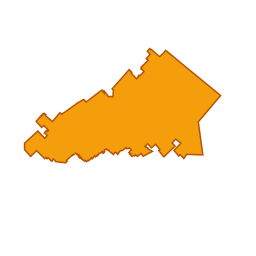 José María Morelos, Quintana Roo, Mexico, rotated 220°
{"feature_id": "50627088B89953909022202", "entity_name": "José María Morelos", "entity_type": "district", "adm_level": 2, "iso_a3": "MEX", "parent_name": "Mexico", "parent_adm1": "Quintana Roo", "projection": "albers", "projection_center": [-88.782, 19.708], "detail": "fine", "context": "isolated", "style": "filled", "palette": "amber", "viewbox_px": 256, "rotation_deg": 220, "n_neighbors": 0, "source": "geoboundaries", "source_scale": "gbopen_adm2", "svg_char_len": 4307}
<svg xmlns="http://www.w3.org/2000/svg" viewBox="0 0 256 256"><g transform="rotate(220 128 128)"><path d="M77.9,212.4L97.8,212.2L132.5,211.8L134.6,211.8L139.8,211.8L141.4,211.8L149.0,211.7L149.0,209.0L149.3,205.5L149.6,203.0L160.3,203.1L160.3,202.8L162.5,202.8L162.5,199.1L160.2,198.9L158.4,198.8L158.6,192.9L156.0,192.8L156.4,189.2L156.6,187.4L156.9,184.5L157.0,183.0L156.1,182.9L156.1,181.5L152.9,181.8L152.3,181.5L152.0,181.4L152.4,177.5L152.4,177.4L152.6,175.6L153.6,175.5L153.6,174.4L152.8,174.4L153.1,171.2L157.6,171.7L160.9,172.1L160.9,173.1L164.7,173.5L164.7,171.7L164.7,170.0L164.8,166.9L164.8,165.2L164.9,163.5L164.9,160.8L165.0,158.7L165.2,152.7L165.2,151.3L165.2,150.8L165.3,147.7L163.3,147.5L163.2,147.4L163.2,147.2L159.9,142.6L159.6,142.0L162.0,140.9L161.9,140.5L162.9,139.4L163.3,139.5L164.2,139.6L164.3,139.7L164.5,139.9L169.9,141.0L168.6,139.4L172.4,140.3L173.1,137.2L173.7,134.7L176.8,120.9L180.2,121.5L180.9,119.8L181.0,119.5L181.1,119.4L181.9,117.1L182.7,115.0L182.8,114.9L182.9,114.7L182.9,114.4L182.9,114.2L187.0,97.9L187.5,97.3L187.4,95.9L190.0,95.9L190.0,95.1L190.0,89.2L190.0,84.4L199.5,84.4L199.6,85.2L199.6,85.5L201.7,85.4L201.7,84.3L202.3,84.3L202.4,82.0L202.0,82.1L201.9,81.0L202.5,80.9L202.6,77.3L202.6,75.9L202.6,74.0L199.4,73.6L194.5,72.9L194.1,75.7L187.4,75.2L187.5,73.4L188.8,73.7L189.0,72.5L188.8,70.3L188.2,70.5L186.6,70.5L185.7,70.3L185.0,70.2L185.1,69.9L185.2,66.6L185.7,66.7L195.1,67.7L197.5,49.9L195.6,47.6L195.2,47.1L193.4,45.0L184.3,43.6L184.0,46.3L183.5,51.8L172.1,51.0L171.9,52.5L170.3,52.3L170.3,53.9L166.2,53.6L166.2,53.4L165.6,53.4L164.9,53.8L164.8,54.1L165.2,54.5L165.1,56.4L161.7,55.8L153.4,61.2L153.4,61.9L153.3,63.4L154.3,63.4L154.1,65.0L154.0,65.8L153.9,66.8L153.6,68.5L153.2,71.8L152.7,71.7L152.3,73.4L151.8,75.1L150.9,75.0L149.8,74.8L149.7,75.3L148.8,75.1L148.2,76.0L147.9,76.0L148.1,74.6L147.5,74.3L145.9,73.9L145.9,74.1L146.2,74.3L146.4,74.4L146.5,74.5L146.3,74.7L146.1,74.9L146.1,75.0L145.9,75.2L145.7,75.3L145.3,75.4L145.0,75.4L144.8,75.4L144.8,75.1L144.8,74.7L144.8,74.3L143.6,74.4L143.4,74.4L143.2,74.4L142.8,74.5L142.3,74.5L142.3,74.8L142.1,74.8L141.7,74.7L141.0,74.7L140.1,74.6L140.1,74.9L140.1,75.3L140.1,75.6L139.1,75.6L138.1,75.5L138.0,76.6L137.9,77.8L137.1,77.7L137.1,77.9L137.0,78.2L136.9,78.3L136.9,78.6L136.9,79.1L136.9,79.3L136.9,79.6L136.9,80.1L136.9,80.5L136.9,81.0L136.9,81.3L136.9,81.5L136.9,81.8L136.7,81.8L136.5,81.7L136.1,81.5L135.9,81.4L135.7,81.3L135.7,81.5L135.6,81.9L135.6,82.0L135.6,85.3L134.4,85.0L134.4,86.7L133.7,86.6L133.5,88.3L133.9,88.5L133.7,89.7L133.8,89.9L133.3,90.0L133.2,91.3L132.7,91.7L132.6,93.7L132.4,93.8L132.0,93.5L131.6,93.7L131.3,93.6L131.6,93.0L130.9,92.5L130.5,93.4L130.9,93.7L130.7,94.1L130.6,94.3L130.5,94.7L131.3,95.5L132.0,96.1L131.4,97.3L131.1,98.0L130.1,97.7L129.9,98.2L129.9,98.3L128.8,98.3L127.8,98.3L127.4,98.2L126.4,98.2L125.8,98.2L125.0,98.2L124.4,98.3L123.8,98.3L122.1,98.3L122.2,98.6L122.2,98.9L122.2,99.4L122.3,99.8L122.3,100.4L122.3,101.0L120.4,101.3L120.5,101.7L118.8,101.3L118.9,101.8L119.1,102.9L119.2,104.2L119.3,105.5L118.9,106.1L118.5,106.3L118.3,106.5L118.2,106.8L118.1,107.2L118.0,107.3L117.5,108.4L117.3,109.6L117.1,111.0L117.0,111.8L115.5,111.3L115.2,111.8L114.4,112.9L114.0,113.6L113.6,113.5L111.4,113.4L111.5,112.2L111.6,109.6L109.3,110.1L109.6,109.0L109.1,109.0L108.2,108.9L106.8,108.8L106.6,108.8L106.3,110.1L105.4,110.7L105.0,111.0L104.9,111.4L104.9,111.5L104.9,111.8L104.9,112.0L105.0,112.3L104.7,112.3L104.1,112.3L103.9,112.3L103.6,112.3L103.4,112.3L103.0,112.3L102.9,112.3L102.5,112.3L102.4,112.5L102.4,112.9L102.3,113.1L102.3,113.4L102.2,113.9L102.0,114.9L102.0,115.1L101.9,116.0L101.8,116.3L101.8,116.6L101.7,116.9L101.4,116.8L101.2,116.7L100.8,116.6L100.0,116.5L99.7,116.4L99.3,116.3L98.7,116.2L98.2,116.0L97.8,117.1L97.4,118.1L97.2,118.5L97.0,119.1L94.6,124.9L94.6,125.1L94.3,125.7L95.1,125.6L99.6,124.9L99.8,125.5L102.8,124.8L103.2,124.7L102.9,127.5L102.8,128.6L97.3,127.9L97.2,128.5L96.4,133.3L91.4,132.3L89.8,132.0L90.1,130.5L85.2,129.5L83.7,129.2L82.0,128.9L80.5,142.9L80.3,144.4L84.5,144.8L84.3,150.1L77.7,150.3L78.4,140.4L71.1,139.2L70.9,141.1L70.5,141.1L65.6,140.5L66.1,145.5L63.6,147.5L60.9,149.6L57.6,152.2L54.9,154.3L53.4,155.5L74.6,174.7L75.5,175.5L78.1,177.8L78.0,202.8L78.0,206.2L77.9,212.4Z" fill="#f59e0b" stroke="#b45309" stroke-width="1.5"/></g></svg>